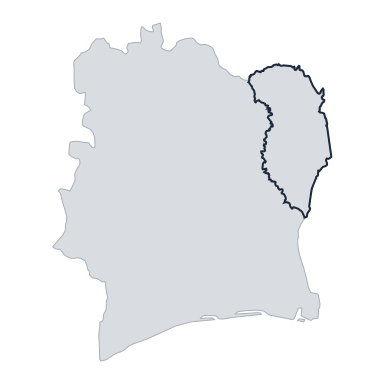 Zanzan on a map of Ivory Coast (Natural Earth projection)
{"feature_id": "CIV-3449", "entity_name": "Zanzan", "entity_type": "Region", "adm_level": 1, "iso_a3": "CIV", "parent_name": "Ivory Coast", "parent_adm1": "", "projection": "natural_earth1", "projection_center": [-3.572, 8.502], "detail": "fine", "context": "in_parent", "style": "outline", "palette": "slate", "viewbox_px": 384, "rotation_deg": 0, "n_neighbors": 0, "source": "natural_earth", "source_scale": "10m", "svg_char_len": 9041}
<svg xmlns="http://www.w3.org/2000/svg" viewBox="0 0 384 384"><path d="M81.3,52.8L82.6,52.8L86.1,51.6L89.3,48.9L92.3,43.3L96.3,38.8L100.8,39.1L102.2,38.3L103.8,38.1L105.6,41.1L107.5,43.4L108.9,43.4L109.9,47.7L118.1,49.5L121.6,50.7L124.6,53.8L125.6,53.9L126.9,53.2L127.9,52.1L128.1,50.9L126.8,48.1L127.4,45.6L128.7,43.3L130.8,43.2L134.0,42.5L137.7,42.5L140.4,42.9L141.5,40.7L140.5,34.3L140.8,30.8L141.2,27.8L142.2,26.6L146.3,30.3L150.0,31.7L152.7,31.8L153.5,31.1L152.3,27.0L152.6,25.8L153.6,25.1L155.4,24.7L160.2,23.0L160.6,23.4L161.5,29.8L161.1,31.8L162.1,36.2L163.3,40.2L163.2,41.9L162.2,44.4L161.0,46.6L161.1,47.6L163.0,49.1L166.7,50.7L170.4,51.1L172.5,48.8L174.7,46.9L176.2,45.2L176.7,42.6L179.1,40.8L185.9,38.5L192.2,38.1L193.7,38.9L196.6,42.4L200.2,44.8L205.6,44.5L209.6,45.9L213.0,48.6L215.3,54.7L217.8,59.0L218.9,65.2L222.9,68.4L226.0,69.9L230.2,74.4L234.6,76.7L239.1,76.1L241.2,78.5L244.6,80.1L248.0,80.3L251.0,75.1L254.9,73.0L264.8,68.9L268.7,67.0L272.7,65.9L282.2,65.5L291.1,66.7L295.5,67.7L298.5,67.0L301.4,69.5L304.4,74.6L306.8,76.3L309.3,78.0L311.1,82.1L313.3,86.1L314.4,87.9L317.1,91.9L319.4,92.0L321.6,90.3L322.6,89.0L323.1,91.6L322.2,95.9L322.4,98.5L323.6,99.5L322.9,102.9L320.3,108.7L320.3,112.1L322.9,113.2L324.8,116.8L325.9,123.0L327.0,125.1L327.1,126.4L329.0,141.4L331.3,156.5L329.9,158.4L327.8,159.0L326.5,159.7L326.1,161.1L327.0,163.2L326.4,165.1L323.9,166.4L318.4,171.2L318.0,173.1L316.5,177.1L315.3,179.6L313.5,184.2L310.7,196.5L309.6,206.6L309.4,209.7L308.3,211.9L307.1,215.0L301.1,223.7L298.0,230.8L298.4,233.9L298.6,237.0L297.7,239.2L297.8,245.2L298.6,250.2L299.6,255.1L304.0,269.0L306.2,277.5L307.7,284.3L308.9,288.9L310.1,290.7L310.5,292.5L317.0,293.8L318.3,294.8L320.0,303.7L319.7,307.7L318.4,309.2L318.5,312.6L318.2,316.8L317.3,318.5L313.6,318.7L311.2,320.3L308.0,319.6L307.6,318.6L305.9,318.2L301.1,315.8L301.9,308.1L299.7,307.8L298.0,308.8L294.6,318.1L292.9,319.7L269.0,314.9L263.8,311.0L257.6,310.2L246.7,310.6L237.8,311.7L235.2,314.1L257.8,312.7L260.2,313.0L261.4,314.4L232.8,317.4L221.9,319.2L218.7,318.7L216.3,315.8L204.4,315.4L202.0,316.4L200.5,318.6L205.2,318.1L212.5,318.0L214.5,319.7L191.5,321.8L175.5,326.0L168.8,329.1L146.5,339.2L132.9,344.0L129.3,345.7L123.2,350.7L115.2,353.8L106.3,359.7L100.9,361.0L99.6,359.1L99.5,349.2L98.8,336.0L99.1,331.0L99.8,326.2L99.8,322.3L102.5,320.8L103.2,319.2L103.7,314.1L106.2,309.4L106.3,301.3L107.0,299.6L107.6,297.4L106.5,292.1L105.1,282.0L104.4,281.3L103.8,281.8L102.4,281.9L96.8,278.5L92.5,277.9L89.5,274.9L89.3,271.5L87.8,269.5L86.8,265.6L85.3,261.1L81.1,258.4L77.1,257.8L74.2,258.3L70.9,258.2L67.1,256.7L64.5,255.0L62.0,251.7L59.7,249.1L57.8,249.4L55.6,248.8L53.4,247.6L52.7,246.7L61.9,236.2L65.1,231.1L65.4,228.0L65.5,224.8L66.5,221.6L66.8,216.6L61.7,198.7L60.4,193.2L59.0,191.6L58.2,191.0L60.8,188.7L64.3,189.3L69.8,191.0L71.0,189.3L75.1,180.2L75.0,176.9L74.6,174.6L77.1,168.4L79.0,166.0L80.0,163.4L79.7,159.9L78.3,158.5L76.3,158.8L74.1,157.9L70.6,155.9L68.8,154.1L69.4,145.9L69.7,143.4L70.9,141.9L72.9,141.5L78.3,141.3L82.7,142.2L86.5,142.7L88.6,142.7L90.2,145.2L92.4,147.6L94.4,147.6L95.1,145.8L94.6,137.7L93.4,133.4L90.4,129.3L82.8,125.8L82.6,120.9L83.4,115.6L85.1,113.6L90.8,110.2L89.8,108.4L88.0,106.5L84.4,104.5L85.2,98.1L85.4,92.4L82.4,93.1L79.3,93.4L76.6,91.7L74.5,88.2L74.1,78.7L74.1,67.7L73.7,62.9L74.6,60.3L77.3,57.9L80.2,54.8L81.3,52.8ZM304.9,319.8L303.6,321.9L297.6,320.5L299.0,318.8L304.9,319.8Z" fill="#d9dde1" stroke="#a8b0b8" stroke-width="1"/><path d="M322.9,88.6L323.5,89.5L323.6,90.2L323.4,91.9L323.5,92.3L323.7,93.2L323.7,94.7L323.5,95.6L322.9,96.0L322.3,96.3L321.8,97.0L321.8,98.0L322.1,98.8L322.8,99.4L323.6,99.6L324.3,100.0L324.2,101.0L323.7,102.0L322.2,102.9L321.7,103.9L320.9,105.8L319.9,106.9L319.7,107.4L319.6,110.0L319.5,110.8L319.0,111.6L319.5,111.9L319.8,112.2L320.1,112.5L320.8,112.6L321.9,112.7L323.1,113.0L324.2,113.7L324.5,114.6L324.6,115.7L325.3,118.1L325.6,118.4L325.9,118.4L326.1,118.6L326.2,119.0L326.3,119.9L327.2,123.6L327.2,124.4L326.7,124.7L326.4,125.0L326.2,125.7L326.5,126.1L326.9,125.9L327.1,126.7L329.2,141.6L331.3,156.4L331.0,157.3L329.0,158.6L328.3,158.9L327.8,158.8L327.2,158.5L326.8,158.5L326.6,158.8L326.2,159.5L326.0,160.3L326.2,161.0L326.8,162.5L327.1,163.8L327.0,164.7L326.6,165.4L325.6,166.0L322.9,167.0L322.1,167.7L320.0,170.5L319.2,171.2L318.9,170.7L318.6,170.5L318.3,170.5L318.2,170.9L318.0,174.9L317.9,175.5L317.5,175.9L316.5,176.6L316.1,177.1L316.1,177.3L316.2,178.0L316.2,178.3L316.0,178.7L315.5,179.3L315.4,179.7L312.1,187.8L311.5,190.0L309.2,206.2L309.3,206.8L309.6,207.6L309.9,208.0L310.1,208.4L310.0,209.2L309.6,210.2L307.5,213.2L307.3,213.8L306.9,216.4L306.7,216.8L304.4,217.6L304.3,216.7L302.4,212.5L301.9,211.8L301.2,211.0L299.6,210.0L298.6,209.0L298.1,208.7L294.7,207.5L293.8,207.3L293.2,207.3L292.8,208.0L292.5,208.5L292.4,208.6L292.1,208.7L291.9,208.5L291.1,207.5L290.7,207.1L290.5,206.8L290.4,206.6L290.3,206.4L289.6,203.7L289.4,203.4L289.1,203.1L288.6,202.8L288.3,202.6L288.0,202.5L287.8,202.6L287.6,202.6L287.2,202.3L286.9,202.4L286.2,202.1L285.8,202.1L284.3,202.6L285.0,201.4L284.9,200.2L285.7,199.8L285.8,198.9L285.5,196.8L285.4,196.7L284.4,195.0L284.3,194.6L284.1,194.3L283.7,194.1L283.2,194.0L282.6,193.8L282.0,193.5L281.7,193.2L281.6,192.7L282.5,191.6L282.7,191.0L282.4,189.4L281.5,189.2L279.6,189.7L279.2,189.4L279.0,188.9L278.7,188.5L278.2,188.3L278.0,187.9L278.0,187.2L277.8,186.4L277.3,186.1L276.1,185.8L275.6,185.2L275.2,183.5L275.6,182.3L275.0,181.7L274.0,181.6L273.1,181.7L272.8,181.3L272.4,181.1L272.0,181.1L271.5,181.3L271.2,180.3L270.7,179.7L270.0,179.5L269.0,179.5L269.0,179.2L269.4,178.9L269.5,178.5L269.2,177.5L269.1,177.3L268.8,176.8L268.8,176.5L268.9,176.1L269.2,175.8L269.3,175.5L269.1,174.6L268.8,174.0L268.6,173.6L268.0,173.1L267.4,173.7L266.9,173.3L265.6,172.9L264.9,172.6L264.2,172.2L264.6,171.9L265.2,171.5L266.0,170.7L266.4,170.2L266.5,169.7L266.1,168.7L265.7,168.8L265.2,169.2L264.7,169.2L264.1,169.0L263.3,169.3L262.7,169.3L262.4,168.4L262.7,166.0L262.9,164.1L263.4,162.8L264.2,162.1L265.2,162.5L265.4,162.2L265.7,161.7L265.8,161.4L265.2,160.8L263.5,158.3L263.0,158.0L262.5,158.0L262.2,157.8L262.1,157.2L262.2,156.5L262.9,155.4L263.0,154.8L262.8,154.3L261.7,153.5L261.5,153.2L261.4,152.6L261.2,151.9L261.2,151.4L261.7,151.3L263.9,151.3L264.6,151.2L265.0,150.6L265.1,150.1L265.0,149.6L264.8,149.2L264.3,148.6L264.3,148.4L264.5,148.2L264.6,147.8L264.7,147.6L264.8,147.4L264.9,147.2L264.9,146.8L264.8,146.6L264.6,146.5L264.4,146.5L264.1,146.1L263.8,145.7L263.7,145.3L264.0,144.6L264.1,144.8L264.7,144.7L265.7,144.3L266.0,143.3L266.2,142.6L265.8,141.6L264.1,140.5L264.0,139.6L264.2,139.3L265.0,139.0L265.4,138.3L266.6,137.2L266.7,136.4L266.5,135.3L266.2,135.0L266.0,134.2L265.5,133.7L266.0,131.8L266.5,131.1L267.3,130.8L268.6,130.8L269.2,130.6L269.6,130.1L268.9,129.9L269.0,129.4L269.9,128.6L271.1,126.5L271.3,126.1L271.9,126.3L272.4,126.6L272.7,126.4L272.8,125.2L272.6,124.5L272.0,123.9L271.4,123.5L270.8,123.6L270.8,123.4L270.7,123.3L270.6,123.2L270.8,122.9L270.9,122.6L271.1,122.5L271.5,122.5L271.5,122.1L270.6,121.2L269.3,119.4L268.5,118.6L267.8,117.4L268.2,116.4L269.1,115.7L270.2,115.2L270.9,115.1L271.5,115.1L272.0,114.8L272.1,114.1L271.8,113.5L271.1,113.1L270.3,112.7L268.7,112.3L268.4,111.4L268.5,110.2L269.0,109.0L269.4,109.8L269.9,110.5L270.3,110.4L270.2,109.0L269.9,108.2L269.4,108.2L268.7,108.5L267.7,108.6L267.8,108.5L267.8,108.4L268.1,108.3L267.4,107.5L268.0,105.7L267.3,105.4L265.9,105.5L265.5,105.4L265.4,105.0L265.3,104.4L265.1,103.8L264.8,103.6L264.3,103.5L263.3,102.9L261.5,102.5L260.3,101.6L259.0,100.3L258.8,100.6L258.5,100.6L258.2,100.6L257.7,100.6L257.0,100.9L256.2,101.4L255.9,101.8L255.9,102.2L255.7,102.4L255.2,102.1L255.1,101.9L254.8,101.5L254.7,101.0L254.6,100.6L254.7,99.8L254.9,99.2L255.1,98.7L254.9,97.8L254.8,97.5L254.6,97.4L254.4,97.1L254.3,96.7L254.3,96.2L254.4,95.9L254.5,95.6L254.6,95.4L254.6,94.9L254.9,94.3L254.9,93.9L254.8,93.5L254.4,92.7L254.2,90.9L253.8,90.2L252.6,88.8L252.3,88.4L252.2,88.0L252.1,87.6L252.1,87.0L252.0,86.4L251.7,86.1L251.4,85.9L251.0,85.6L249.0,82.5L248.4,82.2L248.7,81.8L249.3,80.5L249.4,79.8L249.3,78.5L249.3,78.1L249.6,77.6L250.9,75.9L250.4,75.7L250.2,75.7L250.8,75.0L251.6,74.7L253.3,74.5L254.2,73.9L255.5,71.8L256.3,71.1L257.1,71.0L259.7,71.9L260.1,72.2L260.4,72.3L260.7,72.2L260.8,71.9L260.8,71.7L261.6,71.1L261.9,71.0L263.4,71.0L263.7,70.2L263.9,69.4L264.6,68.9L265.5,68.7L267.2,67.4L268.1,67.1L271.2,67.0L272.1,66.7L272.5,66.4L273.2,65.5L273.7,65.1L274.3,64.9L276.5,64.5L276.9,64.6L277.5,65.0L277.8,65.1L278.0,64.9L278.4,64.3L278.6,64.2L279.2,64.4L279.5,64.8L279.8,65.2L280.3,65.6L281.1,65.8L283.8,65.4L291.0,66.1L291.6,66.3L292.4,67.2L292.9,67.5L293.3,67.3L293.8,66.9L294.3,66.7L294.5,67.1L294.4,68.1L294.5,69.2L295.0,69.9L296.1,69.8L296.7,69.0L298.2,66.5L298.9,65.9L299.5,66.3L299.5,67.4L299.4,68.6L299.6,69.7L300.4,70.2L301.4,70.2L302.5,70.5L303.4,71.8L304.0,74.3L304.4,75.6L305.2,76.3L306.1,76.4L307.6,75.9L308.5,76.1L309.2,76.9L309.8,78.2L310.6,80.6L312.8,85.7L317.4,92.7L318.4,93.6L319.5,93.7L320.4,92.9L321.5,90.1L322.9,88.6Z" fill="none" stroke="#1e293b" stroke-width="2"/></svg>